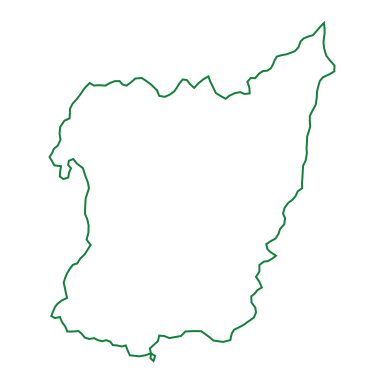 outline of Taquaraçu de Minas, Minas Gerais, Brazil
{"feature_id": "56859067B12117567262809", "entity_name": "Taquaraçu de Minas", "entity_type": "district", "adm_level": 2, "iso_a3": "BRA", "parent_name": "Brazil", "parent_adm1": "Minas Gerais", "projection": "orthographic", "projection_center": [-43.685, -19.629], "detail": "fine", "context": "isolated", "style": "outline", "palette": "green", "viewbox_px": 384, "rotation_deg": 0, "n_neighbors": 0, "source": "geoboundaries", "source_scale": "gbopen_adm2", "svg_char_len": 2805}
<svg xmlns="http://www.w3.org/2000/svg" viewBox="0 0 384 384"><path d="M261.8,287.5L259.5,282.0L256.0,276.8L259.4,271.6L259.4,265.0L263.9,261.6L267.8,261.1L272.3,258.6L276.0,255.7L270.1,251.8L267.3,248.9L266.3,244.1L270.3,241.4L275.6,238.5L278.5,233.9L280.0,229.1L284.2,224.3L285.1,218.3L283.0,213.4L284.6,207.9L288.3,202.8L292.4,199.8L295.6,196.0L297.7,191.4L302.2,188.1L302.0,183.0L302.4,177.8L302.7,172.4L303.1,165.8L305.7,160.4L306.9,153.1L306.5,148.5L306.9,143.0L307.2,136.5L308.8,131.6L310.2,126.5L309.8,121.3L309.8,116.1L312.3,110.9L315.7,104.8L316.8,97.3L317.0,91.8L318.3,86.2L319.8,81.1L322.8,77.3L329.4,74.3L334.3,71.4L334.5,65.5L329.9,60.3L326.5,56.0L325.1,52.1L324.1,48.0L323.5,42.9L323.9,38.1L324.6,33.5L324.6,29.2L323.9,23.0L320.1,26.9L317.1,30.4L313.1,35.1L307.6,36.7L303.6,38.5L300.6,41.4L298.5,47.2L294.8,51.2L291.0,52.7L287.0,54.2L281.5,55.2L276.8,56.6L274.6,60.3L273.0,64.4L270.8,68.4L267.2,70.7L263.1,71.0L258.9,73.7L255.2,78.2L250.7,78.0L247.4,81.8L249.4,87.8L249.7,93.4L244.7,94.0L240.2,92.1L235.1,93.1L229.3,95.7L225.7,98.8L221.2,96.3L215.9,93.1L212.9,86.9L210.3,81.6L208.4,76.4L203.6,79.1L198.1,83.6L194.2,87.9L190.2,84.3L186.8,80.0L182.7,79.5L179.4,83.4L176.7,87.9L174.2,91.4L169.8,94.6L164.9,96.8L159.2,95.9L157.0,90.2L153.8,87.2L150.8,84.3L146.8,81.4L141.8,78.0L135.4,78.5L130.9,82.4L126.4,85.7L122.3,84.3L119.6,81.1L115.1,81.1L110.6,82.7L105.3,85.6L99.5,85.2L93.9,85.5L89.7,83.0L84.3,88.5L80.9,93.7L76.6,99.3L72.6,103.7L70.0,108.8L69.9,113.4L69.6,118.4L64.4,120.7L60.2,127.0L59.5,133.4L60.5,139.7L57.8,145.6L53.9,148.8L52.2,152.9L49.5,157.0L51.8,160.7L54.4,165.4L61.0,166.2L60.2,171.1L59.8,176.5L63.4,179.1L68.3,177.5L69.0,172.6L71.0,168.3L68.1,164.9L68.9,160.8L73.2,159.0L76.9,163.6L82.9,168.1L84.5,173.3L85.9,177.4L88.0,182.8L88.9,188.5L87.4,193.0L85.6,198.8L85.2,206.2L85.0,213.9L87.3,219.4L88.6,225.3L88.4,232.8L86.6,239.5L90.6,245.0L87.7,249.6L84.7,254.3L80.2,258.6L77.3,263.4L72.8,264.8L69.7,269.1L67.1,273.2L65.2,277.8L63.7,282.7L64.8,287.7L65.8,292.5L67.1,297.9L61.7,300.5L57.4,303.9L55.0,307.0L53.0,311.6L51.3,316.1L55.0,318.1L59.9,317.0L62.0,322.0L65.4,326.8L67.3,331.5L72.6,331.5L78.6,331.1L81.6,333.7L84.8,337.6L89.4,339.0L94.0,338.1L97.8,340.1L102.3,341.2L106.4,340.2L110.3,341.7L112.8,345.1L116.9,345.4L121.8,346.5L125.7,345.4L127.3,349.6L129.9,355.3L139.3,356.3L144.9,355.4L151.0,353.3L149.8,348.5L154.5,344.2L157.9,341.2L159.2,335.6L164.1,336.0L169.4,338.1L175.4,337.0L181.0,336.0L185.4,331.5L192.9,331.1L201.1,331.2L205.5,334.2L209.7,337.4L213.4,340.5L217.7,341.2L223.2,341.9L230.3,340.1L231.8,333.4L234.1,329.7L238.5,327.6L243.2,325.1L247.9,321.8L253.9,317.5L256.0,312.5L255.3,307.6L251.5,302.5L251.3,296.3L254.9,293.4L257.3,290.2L261.8,287.5ZM151.0,353.3L150.5,358.3L153.5,361.0L155.1,356.0L151.0,353.3Z" fill="none" stroke="#15803d" stroke-width="2"/></svg>